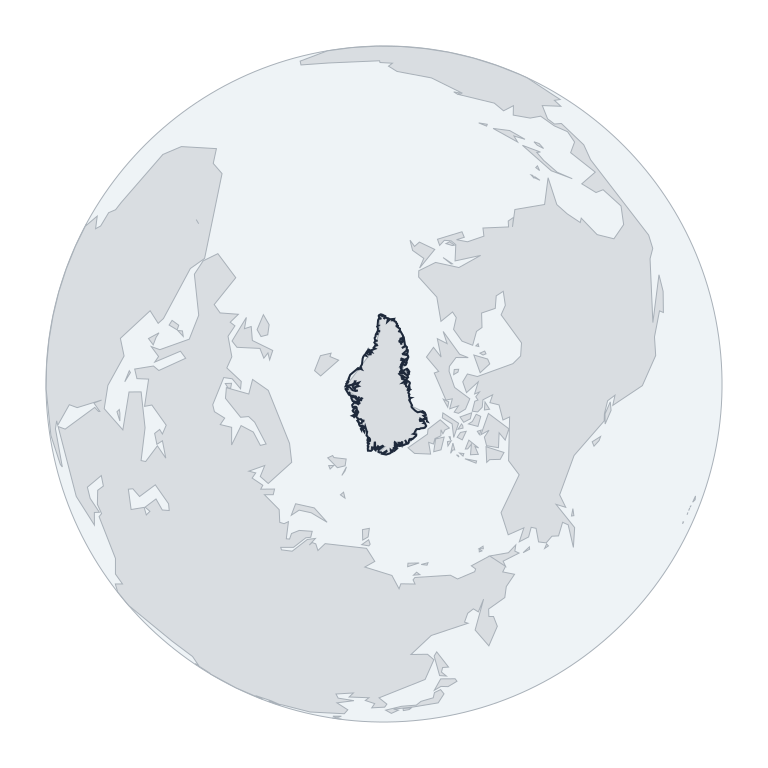 the Earth from above Greenland, rotated 172°
{"feature_id": "GRL", "entity_name": "Greenland", "entity_type": "country or territory", "adm_level": 0, "iso_a3": "GRL", "parent_name": "North America", "parent_adm1": "", "projection": "orthographic", "projection_center": [-41.68, 71.708], "detail": "fine", "context": "on_globe", "style": "outline", "palette": "slate", "viewbox_px": 768, "rotation_deg": 172, "n_neighbors": 0, "source": "natural_earth", "source_scale": "50m", "svg_char_len": 16552}
<svg xmlns="http://www.w3.org/2000/svg" viewBox="0 0 768 768"><g transform="rotate(172 384 384)"><circle cx="384" cy="384" r="338" fill="#eef3f6" stroke="#a8b0b8"/><path d="M207.0,671.9L199.6,667.2L170.0,641.2L175.8,641.2L170.2,634.4L188.5,637.7L185.1,623.8L179.0,617.7L172.1,617.3L152.9,593.1L148.2,577.3L101.2,494.6L99.0,480.9L103.1,471.0L109.2,407.4L96.5,453.9L94.7,436.9L97.4,415.9L101.0,418.1L109.6,393.0L111.0,374.4L128.4,346.4L160.4,331.0L156.8,340.8L164.9,336.3L169.9,323.8L171.1,316.8L205.7,286.8L225.5,249.8L221.2,236.6L230.4,240.9L215.2,215.3L219.2,195.8L221.2,218.9L226.4,222.2L232.3,209.3L238.9,209.9L245.5,204.1L252.9,206.1L253.5,219.9L258.2,221.6L262.1,212.4L272.0,208.9L265.5,222.1L282.0,217.4L286.0,240.3L262.8,275.3L271.3,290.7L264.2,333.9L271.2,331.8L273.0,347.3L281.7,350.8L277.9,358.2L288.2,354.6L290.0,347.3L295.1,343.3L300.4,344.8L296.5,354.3L293.2,355.0L294.9,358.6L290.6,362.8L295.7,361.5L290.3,373.1L303.5,364.0L305.7,375.2L300.0,382.3L290.5,378.4L253.5,386.2L244.8,392.7L242.1,405.6L258.4,436.2L252.9,445.0L253.0,459.2L260.6,455.7L263.3,443.4L277.5,440.7L279.1,426.3L285.1,423.2L290.8,410.0L300.8,415.6L307.5,428.4L303.2,439.7L306.1,445.8L318.9,438.1L319.6,462.7L334.8,485.1L333.8,491.3L316.0,497.2L293.6,488.9L270.4,497.9L296.5,496.0L293.5,512.0L297.6,516.4L304.2,517.9L309.6,513.5L310.9,519.9L285.6,523.9L284.1,518.1L292.1,516.8L281.5,513.2L264.5,516.5L264.3,524.7L238.8,522.2L238.3,528.1L232.5,531.0L234.9,521.7L230.1,538.6L200.0,539.4L192.8,565.4L187.9,537.6L178.9,527.0L167.2,516.6L165.6,520.8L152.2,502.3L136.1,495.8L124.5,508.5L124.5,527.3L140.0,545.9L147.4,544.1L160.3,554.7L145.3,564.4L167.0,587.1L161.6,597.1L167.1,608.3L179.4,615.9L191.6,627.4L202.3,627.0L218.6,632.3L217.1,641.6L227.6,637.9L235.7,646.8L269.3,660.1L266.3,661.3L294.4,680.5L327.6,691.7L335.3,698.1L331.0,700.5L343.2,702.9L343.4,704.7L394.0,709.6L421.8,711.5L422.1,715.4L401.3,720.1L393.5,721.8L369.0,721.6L344.7,719.6L320.5,715.9L296.6,710.4L273.2,703.3L250.4,694.4L228.3,683.9L207.0,671.9ZM92.0,226.1L94.8,224.0L91.1,229.8L92.0,226.1ZM97.9,219.7L96.7,221.0L98.0,219.3L97.9,219.7ZM99.8,216.5L98.5,218.8L99.8,216.3L99.8,216.5ZM102.1,212.3L101.0,214.5L101.0,214.3L102.1,212.3ZM188.7,571.9L213.7,601.1L196.8,591.9L200.5,592.1L194.7,583.1L183.0,569.6L169.0,561.1L188.7,571.9ZM106.6,205.7L107.8,204.0L107.0,205.9L106.6,205.7ZM205.8,568.3L201.2,564.0L206.1,567.2L205.8,568.3ZM170.6,313.6L169.3,323.6L162.4,334.8L162.8,326.3L170.6,313.6ZM184.7,293.2L185.9,297.8L176.8,301.9L178.9,298.0L184.7,293.2ZM216.7,227.2L214.3,234.3L214.3,227.2L216.7,227.2ZM245.2,203.0L243.7,200.8L247.8,198.8L245.2,203.0ZM284.9,407.9L287.7,409.0L285.2,410.8L284.9,407.9ZM284.7,401.2L279.7,402.6L278.8,399.7L281.9,398.9L284.7,401.2ZM262.8,200.1L269.7,197.6L262.7,202.5L262.8,200.1ZM291.0,400.2L277.9,394.3L276.5,389.2L287.2,381.8L291.0,400.2ZM273.8,197.8L290.7,192.0L289.0,186.5L303.3,199.0L284.3,199.6L275.9,206.3L277.7,200.3L273.8,197.8ZM288.2,344.3L286.5,352.2L283.0,344.3L288.2,344.3ZM284.7,340.3L266.6,322.3L271.8,311.6L276.8,319.7L279.5,305.0L291.0,308.6L292.0,317.4L286.4,323.6L295.1,320.3L284.7,340.3ZM308.6,207.0L312.7,207.7L308.5,209.6L308.6,207.0ZM296.9,341.2L292.7,338.4L296.9,328.9L305.9,332.7L301.7,334.6L296.9,341.2ZM274.7,299.5L279.4,293.2L289.9,294.4L293.2,292.1L291.7,307.7L274.7,299.5ZM303.4,337.5L310.4,335.0L313.3,340.8L301.2,343.3L303.4,337.5ZM294.2,324.8L296.6,320.6L298.2,324.2L294.2,324.8ZM327.4,360.7L322.4,357.3L324.1,352.1L327.4,360.7ZM312.8,333.7L311.8,331.7L311.9,329.3L317.0,328.9L312.8,333.7ZM299.2,307.5L302.6,309.4L300.4,301.2L308.2,301.9L305.8,312.3L310.1,308.1L312.5,308.3L307.8,316.6L299.2,307.5ZM322.4,321.4L322.1,335.1L331.0,342.4L329.7,347.2L315.6,334.7L322.4,321.4ZM314.3,317.8L319.0,321.1L315.0,325.4L309.2,325.7L314.3,317.8ZM314.3,298.7L303.0,294.9L303.9,292.8L314.3,298.7ZM325.8,322.6L325.8,319.3L326.9,322.7L325.8,322.6ZM318.8,305.1L314.6,304.0L315.8,301.6L318.8,305.1ZM329.3,313.7L329.2,318.1L325.3,318.4L329.3,313.7ZM325.1,309.1L327.7,306.1L324.0,315.9L323.1,308.9L325.1,309.1ZM320.5,303.0L319.9,301.2L322.1,303.8L320.5,303.0ZM344.2,310.0L340.5,322.4L331.8,323.1L336.7,310.9L344.2,310.0ZM596.1,120.9L596.8,122.0L610.1,133.4L607.0,131.6L611.5,140.8L629.5,158.7L659.6,191.4L667.3,199.8L670.2,204.3L676.7,215.2L677.9,223.4L670.8,222.4L676.4,233.2L674.2,248.7L684.6,292.3L681.7,295.0L684.6,304.7L682.3,318.6L676.1,322.0L676.7,332.7L692.1,323.1L690.9,311.6L683.7,296.6L688.7,297.1L690.4,284.6L704.4,315.5L712.6,387.2L706.0,383.7L673.7,401.1L670.6,396.6L670.1,396.5L669.2,396.4L673.9,405.5L665.9,407.4L691.1,403.3L698.5,407.3L712.8,388.6L713.3,393.1L715.6,385.2L714.1,346.6L715.7,349.4L721.0,379.4L719.3,425.9L715.4,450.1L709.7,474.0L702.3,497.4L693.3,520.2L682.6,542.2L670.3,563.5L656.5,583.8L657.4,582.1L644.6,590.2L648.0,577.9L642.6,579.9L632.8,592.0L625.6,593.9L618.9,600.4L571.0,642.1L551.6,647.3L517.2,640.4L522.4,626.2L515.1,614.9L544.2,533.3L559.7,525.3L593.3,479.5L599.2,475.5L605.4,489.1L638.7,465.9L637.5,447.9L657.6,421.1L664.5,398.5L649.0,374.9L637.6,411.6L625.6,410.0L626.7,373.9L635.2,342.0L630.8,340.4L617.0,354.3L610.4,340.9L611.3,358.6L617.3,355.9L618.0,367.0L612.5,370.2L610.4,365.3L605.4,373.5L616.8,395.5L624.2,395.2L616.4,421.6L627.9,423.7L628.8,433.5L609.8,433.9L605.1,428.7L576.8,437.1L581.0,444.8L608.0,437.6L603.4,442.6L609.3,453.5L601.2,449.2L570.6,455.5L557.9,477.9L556.5,519.1L546.0,531.1L530.4,536.2L516.0,509.9L541.1,486.3L536.4,477.2L518.5,473.3L527.7,466.6L523.5,462.3L531.8,453.0L530.9,432.1L537.4,421.8L525.0,406.4L526.7,399.2L533.6,410.3L541.8,412.7L556.5,387.3L555.8,380.2L546.5,372.4L551.8,366.6L540.9,362.3L543.4,344.8L531.3,362.7L520.1,354.6L515.0,340.4L509.1,341.0L517.4,364.2L522.6,370.6L530.6,371.0L543.0,391.9L540.6,402.3L519.3,392.9L513.5,406.8L499.5,393.8L485.8,338.3L486.3,319.3L512.5,301.6L519.4,309.6L513.4,319.9L530.0,316.5L523.4,313.8L527.7,309.2L518.1,300.6L520.7,297.0L507.0,295.2L509.1,289.8L517.8,291.0L505.3,274.2L506.5,261.5L502.4,259.6L497.8,261.0L502.3,244.3L499.1,243.6L496.4,248.8L488.3,250.8L475.6,248.1L477.9,242.4L482.8,242.6L496.4,234.8L509.0,236.6L508.6,234.0L498.2,231.2L481.6,240.7L473.4,240.6L480.4,234.9L477.2,237.0L473.8,235.2L472.6,228.3L464.5,234.1L424.2,223.7L417.8,209.6L428.5,205.4L402.8,193.3L397.6,179.1L395.1,183.8L381.1,181.6L382.5,186.0L380.3,188.1L344.9,185.4L338.3,180.7L320.3,185.5L319.0,188.1L322.8,191.8L303.3,199.0L289.0,186.5L292.6,181.4L281.2,177.4L291.1,166.4L294.1,155.7L311.7,146.6L312.5,139.2L307.9,138.5L305.5,128.3L316.6,110.1L328.0,127.7L315.3,157.1L322.3,145.2L326.8,148.9L333.0,145.3L337.4,137.0L334.1,135.4L372.2,128.4L394.9,112.4L378.5,110.3L373.0,104.0L384.4,85.7L432.6,73.9L425.7,66.6L428.3,63.9L441.2,65.0L437.7,68.8L446.6,73.2L442.6,75.4L462.1,78.9L457.3,82.3L474.7,83.7L473.1,79.3L457.8,74.6L475.0,74.8L465.2,66.4L469.2,63.0L502.9,69.5L529.4,80.4L532.1,81.2L540.0,86.1L554.6,93.3L548.0,88.6L572.8,103.7L596.1,120.9ZM545.2,568.5L547.1,573.0L545.2,568.5ZM651.8,315.4L651.9,294.9L638.7,295.2L637.6,287.4L633.5,290.5L637.7,295.3L625.8,301.9L621.1,290.1L614.3,288.6L614.0,295.4L624.5,316.0L641.7,306.6L647.3,315.2L651.8,315.4ZM270.5,660.4L274.3,663.6L268.7,661.7L270.5,660.4ZM193.2,595.0L199.1,599.2L201.8,603.0L196.9,600.5L193.2,595.0ZM246.5,625.1L253.9,629.4L245.6,626.8L246.5,625.1ZM218.0,605.0L240.4,621.9L224.3,617.5L210.3,606.7L220.8,611.5L218.0,605.0ZM200.2,573.7L203.6,577.2L201.7,578.7L200.2,573.7ZM209.3,570.6L207.7,569.9L206.6,566.7L209.3,570.6ZM294.9,511.7L297.0,511.6L303.1,514.4L299.1,515.7L294.9,511.7ZM337.1,512.3L338.2,522.8L334.6,516.0L329.2,519.6L315.0,510.2L332.6,493.9L327.1,502.9L337.1,512.3ZM300.8,493.5L307.9,501.0L299.5,493.5L300.8,493.5ZM492.3,448.9L499.2,448.1L502.1,455.5L493.8,469.4L489.5,458.7L492.3,448.9ZM508.3,445.4L489.5,432.7L493.9,423.8L494.6,430.9L499.4,426.3L501.9,436.5L524.5,440.8L528.5,447.7L511.0,469.1L514.5,458.2L507.5,459.4L508.3,445.4ZM433.7,418.7L425.6,413.9L445.6,400.8L450.9,406.9L443.0,420.9L432.1,421.9L433.7,418.7ZM312.4,388.6L308.0,388.2L309.1,385.5L313.7,383.6L312.4,388.6ZM324.9,359.5L332.7,387.9L328.1,388.8L338.2,404.8L329.9,413.4L323.7,402.7L324.9,421.5L315.9,415.2L318.1,427.8L305.0,403.0L296.9,398.4L309.0,400.2L316.8,392.4L317.8,387.6L314.6,370.8L301.1,357.4L306.8,347.8L314.3,344.6L318.4,346.4L313.4,352.0L322.4,350.3L318.4,359.8L324.9,359.5ZM399.2,316.8L391.8,321.8L409.2,321.5L405.3,330.4L407.5,329.8L408.7,338.0L414.0,347.1L410.7,350.5L414.2,352.6L415.0,358.2L418.7,362.2L414.2,370.0L418.3,375.6L413.8,376.1L422.1,383.8L413.9,381.6L414.2,388.9L422.0,387.2L388.6,420.7L380.9,437.0L379.0,451.9L365.1,446.6L358.1,429.4L356.1,407.8L365.5,393.1L357.5,393.5L359.6,386.7L365.0,389.2L358.0,381.2L361.2,376.3L359.4,358.1L347.3,350.0L346.3,343.3L352.7,344.0L347.3,336.8L358.7,333.7L358.3,328.9L369.1,321.1L381.6,325.5L380.2,319.8L388.3,313.9L399.2,316.8ZM347.6,308.1L363.4,311.0L369.1,317.5L347.9,328.3L346.7,333.1L333.3,340.7L325.4,331.3L330.0,330.0L332.6,326.5L334.0,330.8L334.8,324.8L341.1,322.9L343.4,317.7L347.9,320.0L347.6,308.1ZM599.7,466.0L603.1,462.1L607.1,454.9L610.9,461.8L599.7,466.0ZM579.1,470.8L581.3,466.4L588.6,472.3L585.0,476.5L579.1,470.8ZM576.2,459.1L580.8,465.7L576.2,464.6L576.2,459.1ZM534.9,405.9L536.5,401.0L539.1,402.0L541.1,406.6L534.9,405.9ZM450.0,318.7L444.8,320.3L443.8,318.1L431.9,315.0L433.9,308.4L441.8,307.6L450.0,318.7ZM650.7,384.1L652.3,393.7L649.7,395.6L649.6,391.9L650.7,384.1ZM633.5,430.6L640.4,422.3L634.4,432.6L633.5,430.6ZM450.1,310.9L445.0,310.3L449.2,307.3L450.1,310.9ZM434.7,303.3L438.5,299.3L432.7,307.2L434.7,303.3ZM534.2,81.6L542.6,86.0L541.9,85.9L530.7,80.4L534.2,81.6ZM472.4,61.0L475.8,60.3L478.6,60.7L480.8,62.2L472.4,61.0ZM459.6,255.0L474.0,266.6L485.6,270.9L494.1,266.9L488.2,277.7L470.3,271.0L459.6,255.0ZM428.4,228.0L420.9,231.9L420.0,227.3L421.5,225.8L428.4,228.0ZM426.8,232.4L425.6,242.8L418.6,243.1L421.0,234.8L426.8,232.4ZM438.5,276.4L442.6,280.3L439.1,282.5L438.5,276.4ZM481.6,60.5L480.9,60.3L472.7,58.0L474.2,58.4L481.6,60.5ZM410.3,57.9L410.3,60.0L402.0,59.5L404.3,58.1L410.3,57.9ZM374.7,60.7L399.7,60.1L419.8,60.7L415.1,59.0L422.5,56.8L427.8,60.8L411.4,62.4L396.7,61.5L391.5,64.6L378.9,66.4L377.0,71.4L370.5,73.5L367.7,68.8L374.7,60.7ZM376.8,73.7L368.9,84.1L354.6,82.2L353.1,79.5L362.7,75.4L369.7,76.6L376.8,73.7ZM362.8,86.1L369.5,87.5L372.2,107.6L369.1,111.4L359.5,94.7L365.4,95.1L367.2,90.7L362.8,86.1ZM313.0,204.5L312.8,207.4L310.2,205.1L313.0,204.5ZM381.4,190.6L377.9,193.1L375.0,190.2L381.4,190.6ZM366.6,198.6L372.3,200.1L365.3,200.9L366.6,198.6ZM385.2,203.2L374.1,201.9L386.0,199.8L385.2,203.2Z" fill="#d9dde1" stroke="#a8b0b8" stroke-width="1"/><path d="M391.7,313.8L394.9,314.9L390.8,316.8L390.9,317.4L395.5,315.3L396.4,316.8L397.9,316.8L399.0,317.6L398.4,319.5L393.5,322.4L394.0,323.0L397.4,321.8L398.6,323.2L399.1,322.6L399.1,321.1L400.2,320.5L400.6,321.1L401.1,322.4L401.4,324.0L401.0,327.2L401.2,328.1L402.4,322.3L404.7,322.9L404.9,320.4L406.2,319.6L409.2,320.2L409.0,322.9L408.2,323.9L408.7,324.5L408.8,325.1L407.3,327.0L408.4,327.5L408.4,328.6L405.7,329.7L405.5,331.3L406.1,332.6L406.9,332.5L407.7,334.6L408.5,335.4L407.3,339.1L407.7,339.6L408.5,344.6L409.1,343.1L411.1,343.6L411.7,344.2L410.0,344.6L411.0,345.8L413.4,345.6L413.9,346.2L414.3,347.4L414.3,348.3L411.6,348.4L410.7,350.2L409.6,349.9L409.4,350.6L410.6,350.9L411.7,352.4L414.1,352.5L414.3,353.2L415.4,354.3L416.1,355.7L416.6,357.5L415.0,357.2L413.9,359.4L412.9,359.2L414.0,359.8L414.8,358.8L415.6,360.2L415.5,361.2L415.8,361.2L415.8,359.1L416.4,358.8L418.3,360.8L418.8,361.9L416.5,364.2L415.0,363.9L414.8,362.5L414.3,362.1L414.7,363.1L414.3,363.9L414.7,364.3L414.7,365.1L415.2,365.4L418.2,365.3L418.5,367.6L416.2,369.6L414.6,369.3L412.4,367.7L411.9,368.9L410.2,367.8L411.8,369.3L410.2,371.5L408.0,370.9L409.4,371.7L407.9,372.8L408.4,373.1L413.1,369.7L417.4,371.4L418.3,374.3L418.0,374.7L418.4,376.0L414.7,374.8L412.9,372.0L410.0,374.8L412.8,372.9L413.7,375.1L413.0,376.0L414.0,375.5L419.7,377.9L419.2,379.6L419.5,380.2L419.8,380.9L419.7,379.8L420.6,379.2L422.8,384.4L421.3,385.3L420.5,383.1L420.8,385.6L419.6,386.0L418.1,385.2L416.0,382.3L413.1,381.0L410.8,381.2L413.3,381.5L413.9,382.6L412.5,384.9L409.3,385.4L410.3,386.1L410.2,387.3L408.7,388.9L413.7,388.0L412.0,390.6L412.6,390.7L413.0,389.3L415.6,387.7L422.3,387.2L421.1,389.0L421.3,389.5L419.8,390.3L420.3,391.1L419.2,391.4L419.5,392.2L418.0,393.8L418.3,394.2L416.2,397.8L409.0,402.3L407.8,402.2L408.2,402.9L407.4,403.4L404.2,401.7L404.7,402.7L404.3,403.0L404.9,404.2L403.1,406.5L401.6,412.2L400.6,414.1L399.4,415.3L397.7,414.4L398.4,416.1L396.8,418.0L396.3,417.0L396.1,418.3L395.1,417.9L393.6,419.7L392.9,419.0L394.4,415.4L392.3,415.1L393.3,415.8L392.5,417.9L391.6,417.4L392.4,419.1L387.7,420.2L389.2,421.4L387.5,423.1L385.5,423.3L385.8,424.2L386.6,423.9L387.8,426.5L386.3,428.0L384.3,427.6L386.7,428.5L386.9,430.9L385.7,432.2L385.5,433.6L384.8,434.8L382.7,433.9L384.1,435.3L383.4,436.7L380.6,436.8L382.7,437.7L382.2,440.1L382.8,441.8L381.5,442.6L382.2,442.8L381.0,448.1L380.0,449.5L377.5,449.0L379.5,450.3L379.8,452.2L379.2,452.9L377.3,452.3L378.1,453.3L377.4,453.5L375.9,452.8L376.6,450.8L375.4,452.3L373.2,451.1L373.3,450.1L374.4,449.7L375.1,448.5L373.2,449.7L371.4,448.6L371.2,447.6L372.1,445.1L369.1,447.2L365.3,447.1L366.6,445.9L364.9,445.7L364.9,444.6L363.5,443.9L363.3,442.5L362.7,442.0L363.0,441.5L362.7,440.3L364.3,439.3L362.1,439.5L362.4,438.2L360.5,436.5L360.8,435.1L362.4,433.4L360.6,434.5L358.5,429.3L358.6,427.2L362.1,426.5L361.5,426.5L361.7,425.9L358.7,426.7L358.4,426.0L359.9,424.1L361.4,423.7L362.2,423.8L362.9,425.2L362.8,423.7L361.9,423.2L361.1,420.5L361.4,423.0L360.0,423.7L360.3,422.9L360.0,423.0L357.9,425.8L357.9,420.3L357.4,419.1L361.3,417.1L357.5,418.4L356.1,417.3L356.7,415.2L356.2,414.6L362.0,410.7L357.2,413.9L355.7,413.9L356.0,412.4L356.7,411.1L359.4,410.2L356.5,409.1L356.2,408.1L356.8,406.5L360.0,405.1L363.9,407.1L362.9,406.0L363.4,405.4L360.4,404.7L357.0,405.8L359.1,402.2L362.3,403.7L363.5,402.0L361.1,402.6L358.7,401.6L359.7,400.0L360.7,399.6L362.6,400.9L363.7,400.7L364.6,399.7L363.6,399.9L364.3,397.7L366.0,397.7L364.4,397.2L365.4,394.6L366.4,394.0L366.2,393.1L366.7,392.7L362.9,391.9L359.8,389.1L359.2,387.3L360.0,386.7L362.5,387.7L364.7,389.9L366.3,390.4L365.2,389.1L365.6,387.6L364.7,386.5L366.1,386.8L362.6,385.1L362.5,384.3L365.4,382.6L362.2,382.6L363.0,381.4L362.7,381.4L362.4,378.4L362.8,378.0L362.2,378.2L362.6,380.8L361.3,382.0L361.1,383.1L359.7,383.4L358.3,381.9L358.3,381.1L359.5,378.8L360.7,377.6L359.2,378.3L359.2,377.6L359.9,377.5L359.5,376.8L360.8,376.3L361.5,374.7L360.1,373.6L361.2,371.9L360.2,370.2L360.9,369.2L360.8,366.9L359.2,366.5L360.2,366.2L360.5,365.0L361.3,364.6L359.2,359.0L359.9,358.3L359.8,357.1L357.0,353.4L354.6,351.3L351.5,351.5L349.4,350.2L349.4,351.6L349.2,351.5L347.6,350.0L346.9,347.6L349.3,347.1L347.6,345.2L348.3,344.4L346.7,344.7L346.8,343.1L349.7,343.8L351.1,343.3L352.9,344.7L353.1,344.1L353.6,343.5L353.4,342.3L349.9,342.1L349.3,340.1L350.1,339.7L348.8,339.2L348.2,336.4L349.5,335.1L350.7,334.8L354.0,335.0L355.1,334.4L358.0,334.8L359.2,333.6L361.0,330.8L361.8,330.5L359.2,329.6L359.4,328.3L363.5,325.5L364.3,325.5L364.5,326.6L364.8,325.5L365.2,324.9L366.4,325.7L367.2,324.4L367.8,322.4L368.7,321.7L369.6,322.2L370.9,325.7L369.8,321.6L374.0,320.5L374.4,321.7L373.9,324.6L374.6,323.5L374.9,322.5L374.8,322.1L375.1,320.9L376.4,323.6L377.5,323.7L376.8,321.7L376.8,320.4L377.6,320.4L381.4,324.8L381.6,324.4L381.6,323.0L382.0,321.4L382.0,320.8L381.1,319.2L384.2,319.3L380.5,318.0L383.1,316.3L384.3,317.2L384.9,315.9L386.5,317.8L386.6,316.8L386.0,315.6L387.4,314.6L391.7,313.8ZM361.0,390.6L363.0,393.4L363.1,394.6L359.0,395.9L358.3,394.9L359.4,394.8L359.1,394.3L357.2,392.8L357.7,391.5L358.6,391.7L357.9,390.4L359.0,389.6L361.0,390.6ZM414.9,384.4L415.4,386.0L414.1,387.5L410.6,388.2L410.8,385.5L412.8,385.3L414.0,383.9L414.9,384.4ZM381.4,323.1L380.0,321.4L379.7,319.9L380.5,319.5L381.5,320.8L381.6,321.2L381.4,323.1ZM408.3,330.7L407.6,332.3L406.8,331.8L408.0,330.2L408.3,330.7ZM418.2,355.4L418.8,356.4L419.9,357.0L417.7,357.7L417.2,356.3L418.2,355.4ZM416.0,352.3L414.5,350.4L413.9,348.9L414.4,349.1L416.0,352.3ZM360.9,375.0L359.7,376.1L358.8,375.0L360.7,374.7L360.9,375.0ZM402.7,320.9L402.5,321.1L401.5,319.9L401.6,319.6L402.7,320.9ZM364.9,395.2L364.4,395.2L364.5,393.4L365.8,393.6L364.9,395.2ZM411.2,341.9L411.1,342.2L410.0,340.1L410.2,339.5L411.2,341.9ZM347.4,341.3L346.5,341.3L346.2,340.7L347.4,341.3ZM361.8,385.1L360.8,385.3L360.8,385.0L361.6,384.2L361.8,385.1ZM413.2,342.8L412.7,343.2L412.9,342.0L413.2,342.8ZM371.1,446.6L370.4,448.2L369.3,447.4L371.1,446.6ZM364.8,387.4L363.9,387.2L364.3,386.6L364.8,387.4ZM395.5,419.1L395.0,419.9L394.8,419.0L395.5,419.1Z" fill="none" stroke="#1e293b" stroke-width="2"/></g></svg>